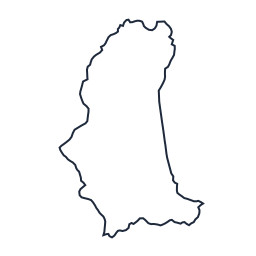 Guapimirim, Rio de Janeiro, Brazil, rotated 176°
{"feature_id": "56859067B76687286499853", "entity_name": "Guapimirim", "entity_type": "district", "adm_level": 2, "iso_a3": "BRA", "parent_name": "Brazil", "parent_adm1": "Rio de Janeiro", "projection": "mercator", "projection_center": [-42.966, -22.59], "detail": "fine", "context": "isolated", "style": "outline", "palette": "slate", "viewbox_px": 256, "rotation_deg": 176, "n_neighbors": 0, "source": "geoboundaries", "source_scale": "gbopen_adm2", "svg_char_len": 2485}
<svg xmlns="http://www.w3.org/2000/svg" viewBox="0 0 256 256"><g transform="rotate(176 128 128)"><path d="M160.0,22.8L157.1,23.6L155.0,23.7L154.0,21.4L151.6,20.0L149.1,21.6L146.8,24.5L145.3,26.1L143.2,26.4L140.7,25.6L137.1,26.3L134.4,28.3L133.4,31.9L131.1,33.0L129.2,31.9L126.7,33.5L124.7,34.9L122.6,37.0L119.2,36.9L117.2,35.0L114.3,31.6L111.6,30.5L109.3,30.5L106.7,30.0L104.4,29.4L102.5,28.6L100.5,29.1L97.5,30.3L95.0,31.6L92.8,33.0L90.7,33.3L88.1,30.9L85.1,30.0L82.2,28.9L80.4,30.0L78.2,30.2L76.4,28.4L73.9,26.8L71.7,28.4L69.0,29.5L67.2,32.1L64.5,34.2L62.8,37.9L62.4,41.0L63.4,44.0L60.8,46.1L58.4,47.4L60.2,48.8L62.9,50.4L64.9,50.1L67.4,50.3L70.2,51.6L73.6,53.1L76.8,54.2L79.2,56.3L81.8,58.4L83.3,59.9L83.6,62.2L83.3,65.7L82.8,68.9L85.1,70.2L86.7,72.6L86.2,76.6L88.0,79.7L91.0,95.5L91.4,99.2L91.7,104.6L91.9,108.4L92.2,111.5L92.6,117.9L92.9,122.6L93.6,131.6L95.0,151.8L94.7,163.2L92.6,166.1L91.2,168.3L89.6,170.9L88.1,173.8L87.4,176.8L87.4,179.4L87.2,181.7L86.8,184.6L83.9,186.2L82.3,188.7L81.3,191.0L80.1,193.0L78.6,195.2L77.0,197.7L76.5,200.4L75.8,203.8L75.7,206.7L78.5,208.4L76.8,212.7L79.0,214.5L80.5,216.1L78.6,217.7L77.6,220.9L78.2,223.8L79.9,226.6L82.2,228.9L84.2,231.7L88.0,231.8L91.5,231.9L92.5,228.0L94.4,225.4L97.1,223.9L100.3,224.5L103.5,226.8L105.0,228.6L105.6,230.8L106.5,233.1L108.9,234.1L111.4,234.4L114.1,233.9L116.2,233.3L118.5,233.3L119.9,236.0L122.0,235.8L124.5,233.5L125.9,230.2L128.5,231.2L129.7,228.8L131.2,227.4L131.3,224.9L133.5,223.5L136.2,222.5L138.7,221.9L141.1,220.0L143.0,216.8L144.7,213.8L146.3,212.1L149.3,210.8L148.3,207.6L150.7,205.2L154.7,203.2L157.0,201.6L159.4,199.0L160.6,196.1L161.4,193.7L163.9,192.0L164.9,188.9L164.9,185.9L165.0,182.4L165.0,179.4L169.6,177.5L170.7,174.1L171.7,171.2L172.9,168.0L173.5,165.2L172.6,161.3L171.7,158.2L170.7,155.4L167.8,152.6L166.0,150.0L166.3,146.7L166.8,144.5L167.5,141.0L168.1,137.7L170.1,135.6L173.2,134.2L176.0,132.8L178.7,131.4L181.4,130.0L183.3,126.9L185.0,123.0L187.1,120.6L189.3,119.0L191.5,117.5L193.4,116.3L195.7,114.9L197.6,113.2L197.1,110.9L195.7,108.1L194.0,105.2L191.9,103.5L190.2,101.0L187.9,99.1L185.5,97.5L183.2,94.8L182.4,91.5L181.4,89.6L179.8,87.8L179.2,84.9L178.5,81.8L178.5,78.7L176.2,76.5L174.6,74.0L177.0,72.3L179.7,70.3L181.1,67.9L180.9,64.3L179.2,62.1L176.1,61.0L172.6,59.9L169.9,58.7L168.2,56.5L166.3,53.1L165.2,50.5L163.7,48.2L162.3,45.4L160.7,43.5L158.7,41.4L157.7,38.9L157.2,36.4L157.6,33.5L158.2,30.0L158.8,26.2L160.0,22.8Z" fill="none" stroke="#1e293b" stroke-width="2"/></g></svg>